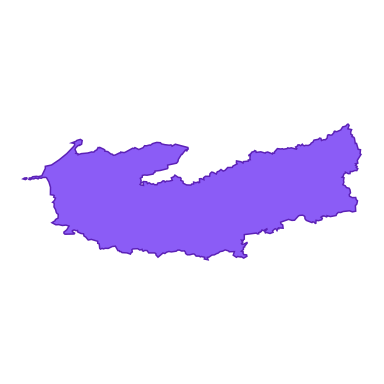 the district of Tha Mai, Chanthaburi, Thailand, rotated 90°
{"feature_id": "78962969B20525991474584", "entity_name": "Tha Mai", "entity_type": "district", "adm_level": 2, "iso_a3": "THA", "parent_name": "Thailand", "parent_adm1": "Chanthaburi", "projection": "equal_earth", "projection_center": [101.972, 12.718], "detail": "fine", "context": "isolated", "style": "filled", "palette": "violet", "viewbox_px": 384, "rotation_deg": 90, "n_neighbors": 0, "source": "geoboundaries", "source_scale": "gbopen_adm2", "svg_char_len": 6043}
<svg xmlns="http://www.w3.org/2000/svg" viewBox="0 0 384 384"><g transform="rotate(90 192 192)"><path d="M125.4,34.9L124.2,35.7L124.2,36.5L126.1,38.3L126.9,41.3L130.0,43.3L131.5,46.8L131.7,48.0L131.1,49.1L131.5,49.9L132.4,49.9L134.9,52.0L135.2,53.2L134.7,55.2L135.2,56.4L138.1,56.9L139.7,58.5L139.7,60.3L140.5,62.5L138.4,63.1L138.1,64.4L139.3,65.6L140.1,70.0L142.1,71.1L143.1,72.8L144.4,73.6L145.5,75.7L145.3,78.3L145.8,79.6L145.4,80.8L144.2,81.7L145.7,83.3L144.8,84.9L145.0,86.2L146.0,86.5L147.0,88.4L148.7,87.2L149.2,87.6L147.8,92.7L148.3,94.9L147.8,96.2L148.6,97.0L149.2,100.6L148.7,101.6L149.0,103.2L148.6,106.6L152.0,109.6L153.0,109.5L153.3,110.3L153.0,111.3L153.9,111.6L152.0,116.3L152.5,118.3L153.1,118.8L151.8,123.2L152.4,127.8L151.1,128.1L150.6,129.2L151.1,129.4L152.3,132.4L153.4,132.9L155.2,135.2L155.7,135.0L155.4,133.7L158.4,134.1L159.7,133.7L160.0,135.7L161.1,135.7L161.6,140.6L163.0,141.0L161.7,143.1L160.9,147.5L162.9,147.6L163.9,146.9L166.1,151.1L167.4,151.7L167.5,156.3L170.3,158.9L171.1,160.8L169.5,163.0L171.3,165.2L171.7,166.7L174.0,167.7L172.3,171.1L172.1,172.4L173.7,174.0L176.3,174.4L176.3,178.6L177.7,180.4L179.7,180.1L178.6,182.9L178.8,184.5L182.5,184.4L182.7,185.3L182.0,185.9L182.7,188.1L182.1,190.4L183.9,190.4L184.1,192.4L185.1,193.1L184.9,197.5L183.2,200.8L181.3,201.0L180.4,203.2L178.6,202.9L177.6,203.5L177.3,205.9L175.1,209.1L176.7,210.2L177.8,212.7L180.3,211.7L181.2,215.0L181.1,217.5L182.0,218.9L180.8,220.1L180.9,221.1L182.6,223.1L183.0,226.1L184.7,227.0L184.7,229.3L183.7,230.9L184.2,231.7L184.2,232.5L182.8,234.9L183.6,236.6L181.8,237.3L181.5,240.5L181.8,241.0L185.4,240.5L185.0,243.2L184.4,244.0L182.5,242.4L182.2,243.1L180.3,242.9L178.3,243.7L177.3,241.8L175.4,241.6L175.0,239.6L175.2,236.9L174.1,230.9L172.7,230.0L172.4,229.1L171.1,229.0L170.5,223.9L168.7,216.7L167.9,216.1L165.1,216.4L163.2,207.5L161.6,206.1L159.3,205.6L154.3,202.5L154.4,201.9L150.3,198.8L150.9,197.2L150.0,196.7L149.6,197.3L149.0,195.8L147.5,196.1L144.2,208.7L146.2,211.9L145.2,212.4L144.9,213.2L145.2,214.7L144.7,218.9L143.9,222.5L142.7,223.6L142.4,227.3L143.6,231.4L145.3,233.7L145.0,234.5L145.8,237.5L145.7,239.4L147.7,240.9L149.5,245.2L147.6,249.1L148.5,250.0L148.2,251.3L152.2,258.7L152.6,259.9L152.1,263.3L152.8,263.4L152.9,264.5L155.1,269.0L155.3,270.7L154.3,271.5L153.9,273.3L151.6,276.2L151.1,279.2L150.0,279.2L149.2,280.3L147.4,284.2L147.8,284.5L147.5,285.9L149.9,287.2L150.7,288.9L151.8,289.8L152.2,291.1L151.9,292.2L153.0,296.2L153.6,302.6L154.7,305.9L153.9,305.9L153.4,308.1L152.7,307.5L149.4,309.0L147.6,308.1L145.6,306.0L145.4,304.5L144.9,304.5L145.0,303.7L144.2,302.4L140.5,301.8L139.4,303.6L140.4,307.1L141.3,308.1L142.9,312.3L143.4,309.5L145.0,309.4L146.2,310.1L153.6,317.2L159.8,324.8L165.0,332.5L166.3,338.7L168.5,338.7L175.8,342.2L176.6,345.7L176.3,347.5L176.7,351.2L177.9,352.8L178.0,354.7L179.4,355.1L179.7,353.6L178.8,352.2L178.9,350.2L178.1,348.2L178.9,345.9L177.9,344.7L178.3,342.8L177.5,341.3L177.4,338.5L177.7,337.5L181.9,335.1L187.2,333.5L194.7,333.6L195.2,330.3L195.6,329.8L197.2,330.3L198.1,328.5L200.4,329.5L202.3,331.4L202.7,330.3L203.8,329.8L206.9,330.0L209.7,328.4L212.2,327.8L213.4,327.1L214.3,325.8L218.0,325.9L219.6,328.6L220.6,328.8L222.7,332.1L224.8,328.1L224.6,325.3L225.5,321.6L225.1,318.0L226.1,315.0L229.8,317.2L232.1,320.1L233.4,320.0L234.2,319.0L234.0,309.9L233.2,309.4L231.7,311.6L230.6,311.6L229.9,309.9L230.7,308.0L230.5,306.5L232.0,306.2L233.5,303.0L233.8,300.5L236.0,300.0L237.1,298.2L240.0,295.8L239.4,292.6L241.3,286.3L243.3,286.3L243.9,284.8L248.3,284.3L249.1,283.6L248.4,281.9L248.9,280.6L248.3,278.7L248.4,275.7L246.5,271.7L246.2,268.6L250.6,266.1L250.7,264.7L251.5,264.4L251.6,263.1L252.6,262.0L252.9,257.0L254.1,253.6L252.7,252.8L251.9,251.7L249.7,252.1L249.2,251.6L248.9,250.7L248.7,246.3L250.0,244.2L249.4,241.9L250.7,241.6L251.2,240.7L250.4,239.1L250.6,236.9L252.9,235.3L252.9,229.4L253.6,228.2L255.0,228.0L257.2,226.0L253.0,221.0L253.5,219.1L252.2,217.4L251.5,215.2L251.9,212.6L251.2,207.8L250.1,206.3L250.1,204.4L251.0,202.5L250.9,199.6L252.3,198.5L253.5,198.4L254.8,196.7L254.8,194.2L253.9,190.8L254.2,189.5L256.1,187.9L256.1,184.8L256.9,183.7L256.5,182.7L257.3,179.3L259.0,179.7L259.8,175.9L257.4,176.7L257.1,175.0L255.1,172.1L254.8,169.5L253.4,167.0L253.4,166.3L251.6,163.9L251.1,161.2L249.9,158.9L251.0,155.3L251.8,154.8L251.6,149.6L255.2,150.8L257.3,147.6L256.5,146.3L257.0,143.5L256.6,143.0L258.1,140.3L256.3,137.1L254.9,137.4L254.5,140.3L253.2,141.0L251.9,140.8L251.2,142.6L249.6,140.6L247.2,140.5L247.0,139.4L246.2,139.3L243.0,136.8L242.5,137.1L244.1,140.2L244.4,141.9L243.5,142.5L242.5,141.3L240.2,142.5L240.6,140.8L239.9,140.7L239.2,139.7L234.6,139.7L233.1,127.8L233.9,126.5L233.8,125.3L232.6,125.3L232.3,123.9L231.5,123.7L231.5,122.7L230.0,122.0L230.7,120.4L228.8,117.2L229.4,117.0L231.3,119.3L232.9,118.6L232.5,117.5L233.5,114.0L232.3,110.9L230.9,111.5L228.9,109.2L228.7,108.3L230.6,107.0L228.7,106.2L228.7,105.2L227.9,105.4L228.2,100.9L224.9,101.3L223.8,103.1L222.2,103.4L219.4,95.5L220.4,92.0L220.2,89.4L215.9,85.5L215.4,84.3L215.2,81.4L215.7,80.2L216.6,79.2L218.8,79.0L220.4,77.7L222.6,72.0L221.9,71.4L222.1,69.9L223.4,68.7L223.3,68.2L220.3,67.9L220.7,65.6L219.8,62.3L218.3,61.7L217.2,63.0L216.1,61.6L216.4,61.1L215.8,60.3L216.9,57.4L216.4,56.8L215.7,56.9L216.6,53.6L215.5,47.9L214.0,47.3L212.4,45.7L212.5,43.3L211.5,40.8L210.8,34.5L211.9,31.6L211.2,28.3L205.7,28.6L204.1,27.2L200.8,26.5L199.6,27.8L197.5,28.3L197.6,31.8L196.2,34.5L194.6,34.8L192.8,33.5L189.8,34.0L188.2,34.9L187.6,37.5L185.7,38.9L184.7,41.1L182.2,40.1L180.7,40.5L177.7,40.0L177.2,41.9L176.1,40.7L174.3,40.3L173.1,38.7L172.2,38.6L173.7,35.7L173.6,34.0L171.5,33.7L171.6,31.9L170.5,29.1L170.6,27.2L168.6,26.2L167.6,27.7L166.4,26.9L165.5,28.4L164.5,27.6L163.7,28.4L163.2,26.2L160.4,26.7L154.4,23.0L153.7,23.9L149.7,23.5L149.3,25.8L143.4,27.5L143.5,28.7L138.1,29.6L137.1,30.4L136.6,32.0L135.1,31.6L134.1,33.2L131.9,33.3L129.6,32.4L128.8,36.1L125.4,34.9ZM178.7,357.0L177.8,357.3L178.0,359.5L178.9,361.0L179.6,358.6L178.7,357.0Z" fill="#8b5cf6" stroke="#5b21b6" stroke-width="1.5"/></g></svg>